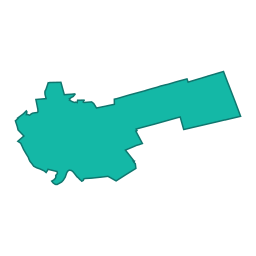 Umbraresti, Galati, Romania (Natural Earth projection)
{"feature_id": "2599482B20952692718710", "entity_name": "Umbraresti", "entity_type": "district", "adm_level": 2, "iso_a3": "ROU", "parent_name": "Romania", "parent_adm1": "Galati", "projection": "natural_earth1", "projection_center": [27.455, 45.712], "detail": "fine", "context": "isolated", "style": "filled", "palette": "teal", "viewbox_px": 256, "rotation_deg": 0, "n_neighbors": 0, "source": "geoboundaries", "source_scale": "gbopen_adm2", "svg_char_len": 2635}
<svg xmlns="http://www.w3.org/2000/svg" viewBox="0 0 256 256"><path d="M81.7,181.2L82.6,180.8L83.2,180.4L83.5,179.9L83.5,179.6L83.5,179.4L83.5,179.2L84.4,178.7L85.3,178.5L88.6,178.3L91.9,178.1L101.4,177.1L107.3,176.4L107.9,176.3L108.4,176.6L109.9,177.4L116.1,180.9L125.3,175.0L135.9,168.4L135.3,163.7L134.0,162.4L134.2,161.8L133.8,162.0L133.1,160.9L133.8,160.7L133.7,160.6L133.2,160.0L125.4,150.1L125.6,150.0L129.9,148.2L134.9,146.1L136.4,145.4L139.3,144.6L139.7,144.4L142.1,143.6L142.4,143.5L135.8,131.1L137.0,130.6L136.2,129.0L138.0,128.5L153.4,124.4L153.5,124.4L177.0,117.8L180.2,117.0L183.7,129.5L183.8,129.5L217.4,121.7L224.4,120.0L224.9,120.0L240.6,116.3L235.0,101.4L228.2,83.8L228.1,83.7L223.5,71.5L207.5,76.2L207.4,76.3L188.1,82.1L187.0,78.9L179.5,80.9L174.8,82.2L173.3,82.7L167.9,84.3L165.1,84.9L162.4,85.6L161.0,85.9L157.2,87.2L152.0,88.6L146.5,90.2L145.9,90.4L145.9,90.5L129.5,94.9L125.4,96.1L124.5,96.4L124.4,96.4L119.4,97.9L119.0,98.0L116.3,98.8L116.0,98.8L114.3,99.2L114.4,104.3L96.5,108.0L93.7,103.5L91.6,101.9L84.0,102.5L83.2,102.1L83.7,100.6L84.6,100.1L80.1,100.2L79.6,100.2L78.7,100.2L77.6,100.2L77.2,102.6L75.7,102.1L74.9,102.5L73.6,102.2L73.4,102.1L72.6,101.8L72.1,101.6L69.4,100.1L69.5,99.9L69.8,99.5L69.9,99.3L69.9,99.2L69.7,98.9L69.8,98.9L70.0,98.5L70.6,98.0L71.5,97.4L72.8,96.7L73.3,96.4L73.6,96.0L73.9,95.6L74.1,95.3L74.5,94.9L75.0,94.4L75.0,94.2L74.9,94.0L74.8,93.9L73.4,94.0L72.9,94.0L72.7,94.2L71.7,94.2L66.7,94.5L64.3,94.7L60.9,82.3L49.7,82.5L48.4,82.9L48.2,82.8L45.9,89.6L45.1,90.9L44.9,92.0L45.0,94.3L46.1,98.6L35.9,99.5L37.7,108.6L37.8,108.7L38.0,111.7L37.8,112.0L37.3,112.5L37.1,112.5L34.1,112.9L32.5,113.2L31.2,113.9L29.5,115.3L28.6,114.9L27.9,114.6L27.5,114.6L27.1,114.5L26.4,114.6L26.9,111.8L26.3,110.9L23.4,113.8L17.6,118.1L18.0,118.5L16.1,120.3L15.4,120.7L15.4,120.8L17.2,126.3L18.1,130.0L23.9,136.0L17.8,141.3L18.7,141.9L19.1,142.1L19.8,142.6L20.7,143.2L21.5,144.9L21.9,145.7L22.7,147.5L23.6,149.5L26.6,154.6L28.3,157.3L28.9,159.1L30.0,161.4L31.9,163.7L33.7,166.2L36.7,167.8L39.9,168.9L44.2,170.9L46.1,172.5L46.6,171.7L47.2,170.9L47.5,170.4L47.8,169.8L48.0,169.3L57.0,171.5L57.2,172.3L57.4,173.4L57.1,173.9L56.8,174.2L56.4,174.6L56.1,174.9L56.0,175.3L55.8,175.5L55.7,175.9L55.8,176.1L55.8,176.4L55.9,176.7L55.8,177.0L55.7,177.5L55.4,178.2L55.2,178.6L54.7,179.0L54.4,179.2L54.2,179.5L54.0,179.8L53.7,180.0L51.7,181.1L53.2,183.0L55.3,184.4L57.1,184.5L59.7,183.1L60.7,182.5L61.6,182.0L63.3,180.2L65.2,177.2L66.8,172.6L67.9,171.0L69.2,170.1L70.1,170.3L71.2,170.4L72.8,171.5L74.4,173.4L77.0,176.8L78.4,177.9L79.8,179.5L80.8,180.2L81.7,181.2Z" fill="#14b8a6" stroke="#0f766e" stroke-width="1.5"/></svg>